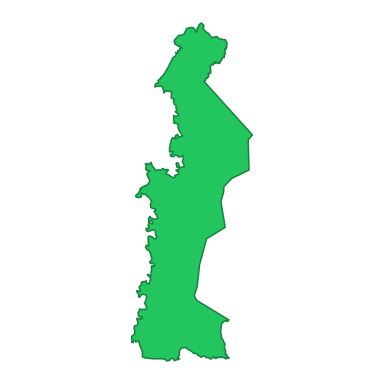 the district of Wassa Amenfi West, Western, Ghana
{"feature_id": "2480657B13145859726554", "entity_name": "Wassa Amenfi West", "entity_type": "district", "adm_level": 2, "iso_a3": "GHA", "parent_name": "Ghana", "parent_adm1": "Western", "projection": "natural_earth1", "projection_center": [-2.483, 5.745], "detail": "fine", "context": "isolated", "style": "filled", "palette": "green", "viewbox_px": 384, "rotation_deg": 0, "n_neighbors": 0, "source": "geoboundaries", "source_scale": "gbopen_adm2", "svg_char_len": 5983}
<svg xmlns="http://www.w3.org/2000/svg" viewBox="0 0 384 384"><path d="M131.6,342.2L133.3,342.6L133.8,340.4L135.2,340.5L135.8,342.0L138.8,341.0L140.0,346.1L142.5,352.0L142.3,356.7L144.4,357.8L153.3,358.8L160.3,358.7L165.0,359.1L166.8,361.0L169.5,360.4L171.7,358.1L173.9,359.2L174.2,360.6L175.8,360.3L177.1,359.2L178.1,359.7L179.5,358.8L177.8,357.6L179.5,354.8L179.3,351.3L181.4,348.0L185.5,347.5L188.2,349.7L190.6,350.7L192.4,352.1L192.6,352.6L193.6,352.8L193.8,353.4L195.0,353.2L197.1,354.1L197.8,355.2L199.5,356.0L200.8,357.2L203.8,356.1L205.2,356.5L206.4,357.8L207.6,357.4L210.6,359.0L211.7,358.7L213.2,356.9L213.4,357.4L214.2,357.2L215.1,358.3L215.6,357.8L216.7,358.3L217.5,357.1L218.6,357.1L219.2,357.7L220.3,357.0L221.4,357.6L222.5,357.0L223.5,357.6L225.1,357.3L225.3,357.6L225.1,358.4L225.8,358.8L226.5,358.8L227.6,358.0L228.8,358.1L228.2,357.0L227.5,356.7L226.7,354.4L225.3,354.3L225.2,353.9L225.7,351.8L225.5,350.7L224.2,346.6L225.1,344.8L224.6,343.0L223.9,342.4L223.7,341.4L222.3,338.8L221.4,338.3L221.5,336.6L220.5,330.8L221.0,329.4L221.6,323.7L222.1,323.0L225.1,320.6L227.4,321.5L228.9,320.0L196.6,300.3L194.3,295.6L197.2,286.4L199.6,264.5L206.6,238.8L225.2,227.3L220.9,201.6L223.6,192.2L223.9,186.7L231.6,178.5L249.0,170.0L248.2,139.9L252.4,134.9L204.2,81.6L204.7,81.4L204.6,80.7L205.5,80.3L206.0,78.0L207.2,78.2L207.6,77.8L207.6,77.1L208.4,76.9L208.4,76.4L208.9,75.7L208.0,74.0L208.5,73.3L209.7,73.6L210.1,72.9L210.5,72.9L210.3,72.6L210.8,71.7L210.5,70.8L210.8,69.9L210.3,68.3L210.6,66.1L211.3,64.9L212.0,64.7L212.1,64.2L213.0,64.8L213.4,63.8L213.8,64.1L214.0,63.9L214.1,62.6L214.9,62.1L215.1,62.6L215.8,62.5L215.8,63.1L216.5,62.8L216.4,62.6L217.2,63.0L217.2,62.7L219.1,63.5L219.4,62.6L220.0,62.7L219.8,62.2L220.1,61.5L221.3,60.7L221.5,59.3L222.3,58.6L222.4,57.9L223.1,57.7L223.2,57.3L224.3,57.3L224.3,56.4L223.8,55.9L224.7,55.2L224.8,53.9L225.3,53.3L224.6,52.8L225.0,52.4L224.6,49.8L225.2,48.5L225.7,48.6L225.9,49.2L226.6,48.0L226.7,47.2L226.2,46.5L226.6,46.4L227.0,44.8L226.8,43.0L226.5,42.9L226.7,42.3L226.4,42.3L225.9,41.7L226.0,40.6L225.2,39.7L223.2,39.8L221.8,39.0L219.8,39.1L216.7,36.6L212.7,37.4L211.5,37.3L209.2,34.5L208.7,33.5L205.8,31.6L203.2,28.9L203.5,27.1L203.9,26.2L203.8,25.5L201.4,23.0L199.3,24.4L197.9,27.8L197.1,28.4L196.9,29.2L197.3,31.1L196.3,32.2L194.3,28.8L192.8,27.6L190.9,27.5L189.4,28.0L188.8,27.7L187.7,28.4L186.8,28.4L186.2,29.2L185.9,30.8L184.7,32.3L184.4,33.7L181.2,35.3L178.9,35.3L174.8,39.7L174.1,41.7L175.0,42.2L174.7,43.4L175.2,44.4L177.4,45.4L178.4,46.4L179.6,45.9L181.1,47.0L181.6,48.0L179.8,48.0L179.6,48.4L180.0,49.8L179.8,50.4L177.7,50.5L177.5,51.4L177.8,53.0L175.8,52.6L176.2,54.0L175.9,54.9L175.1,56.3L173.0,57.5L167.5,68.4L163.1,75.6L161.0,77.3L161.2,77.7L160.2,78.7L158.0,80.5L158.6,81.4L158.2,82.8L156.7,83.1L155.2,84.4L155.2,85.5L154.8,86.8L158.3,86.0L160.9,86.2L162.5,86.8L164.0,92.8L165.5,91.1L168.7,91.1L171.6,92.0L171.1,97.7L174.5,99.7L173.4,101.3L174.1,104.0L175.8,105.4L176.2,106.6L176.0,108.4L176.7,110.3L175.3,111.8L178.6,114.5L178.3,115.7L176.0,116.2L173.7,115.7L173.8,118.1L173.6,120.0L174.2,121.4L173.5,122.6L174.1,123.2L178.2,124.0L178.0,127.9L179.6,131.2L182.5,135.8L179.0,137.1L177.6,134.4L175.6,135.5L175.2,136.7L176.4,138.4L175.9,138.9L173.1,137.8L172.4,137.9L171.4,139.8L170.3,144.2L169.5,148.2L169.5,151.4L169.9,152.1L172.0,151.5L172.8,151.7L172.6,153.6L170.3,154.5L170.6,156.2L173.7,156.8L175.1,155.1L177.7,155.6L178.2,156.9L179.0,157.1L181.3,156.6L182.9,155.8L183.3,158.6L182.3,161.9L183.8,164.1L184.2,166.5L180.9,167.5L179.6,167.1L178.3,163.1L176.9,162.8L176.2,163.7L176.7,166.9L178.3,167.7L179.2,169.0L178.3,170.0L176.2,169.9L176.3,170.9L178.0,171.6L178.5,172.9L178.4,174.1L175.0,175.2L174.7,177.5L174.1,177.6L172.0,177.2L168.6,174.7L166.0,173.8L166.6,171.8L167.4,171.5L168.4,170.2L167.7,169.5L164.1,169.7L163.4,168.5L162.3,168.8L161.9,169.7L160.2,170.2L159.0,169.8L157.2,170.2L155.5,170.0L152.7,166.4L151.8,164.8L151.7,163.5L150.9,162.5L149.9,163.3L149.6,164.2L148.4,164.2L147.1,163.5L145.5,163.8L146.3,166.6L145.8,167.7L145.9,169.5L146.7,170.4L147.7,170.2L149.5,171.0L147.5,172.5L146.9,174.1L147.2,175.4L149.8,180.6L149.8,181.2L147.2,185.3L145.4,185.5L141.5,187.5L140.8,188.4L141.5,189.0L141.4,189.4L140.1,188.9L139.9,190.6L138.7,192.6L135.7,195.8L136.1,197.1L139.3,197.6L141.0,197.2L141.5,196.1L141.0,194.0L141.4,193.1L142.7,193.5L143.6,194.7L145.8,194.1L146.8,196.0L149.3,197.6L151.8,201.7L150.4,204.0L150.7,207.4L152.3,208.3L153.9,208.5L155.4,209.2L155.9,210.3L154.7,210.7L154.2,211.5L157.6,217.1L156.9,218.7L154.6,219.3L152.9,218.5L151.1,218.3L150.4,216.7L149.9,216.5L149.5,216.8L148.6,218.8L148.8,220.6L148.5,222.3L148.9,222.7L149.9,221.4L151.9,220.8L152.8,223.0L152.2,223.9L149.9,223.1L148.4,224.3L148.1,226.0L149.0,227.6L148.5,228.9L146.2,228.3L146.2,230.5L147.8,231.6L153.4,229.8L154.7,230.3L155.5,231.1L155.2,231.8L155.7,235.1L156.8,236.5L156.0,238.2L155.0,238.9L153.8,238.5L152.6,237.2L151.6,236.7L148.9,236.0L148.3,236.7L148.1,238.1L148.4,243.8L149.0,245.1L148.4,246.1L146.4,245.2L145.5,247.1L147.2,249.9L148.2,249.9L149.7,251.5L150.6,253.7L150.8,255.6L152.0,259.0L150.8,261.1L149.6,261.7L150.5,263.4L153.0,262.9L153.5,263.1L154.6,265.9L153.6,266.6L152.2,265.4L151.5,266.1L151.3,267.8L151.9,269.1L151.1,271.9L151.1,275.0L150.6,276.0L149.8,275.7L149.1,274.7L147.5,274.6L147.8,275.3L150.5,277.9L150.5,279.4L149.3,283.0L149.4,283.8L146.7,283.3L146.2,280.8L144.3,281.7L142.0,281.8L141.3,282.6L141.4,284.5L139.2,286.9L139.2,287.9L140.0,288.9L140.1,291.3L138.2,290.7L136.9,290.8L137.0,292.3L138.7,294.5L138.7,296.8L139.1,297.2L139.6,297.1L140.5,296.2L141.8,294.4L145.5,294.7L146.8,296.5L145.9,300.2L144.5,303.2L146.2,306.1L146.6,308.9L146.0,309.5L144.4,309.2L141.8,309.5L139.5,309.0L139.4,310.3L138.1,312.5L138.5,316.1L138.7,316.5L140.8,317.4L142.0,316.5L142.2,318.6L140.8,319.2L137.0,318.3L136.9,319.8L137.5,320.8L138.1,323.4L136.8,325.6L134.5,325.9L134.0,328.0L134.8,331.0L134.6,333.2L134.4,334.1L131.6,336.3L131.9,339.4L131.6,342.2Z" fill="#22c55e" stroke="#15803d" stroke-width="1.5"/></svg>